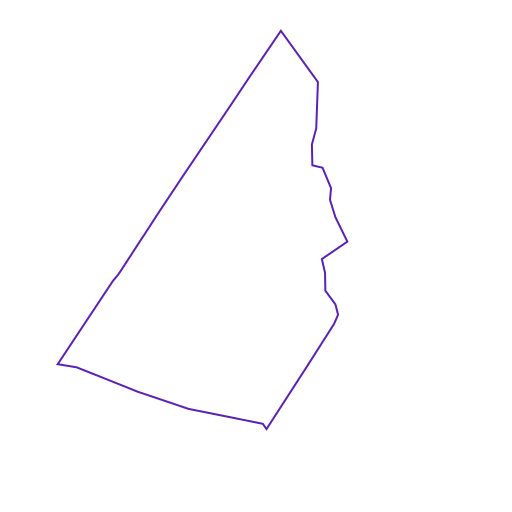 Scott, Virginia, United States of America, rotated 124°
{"feature_id": "52423323B99932966436825", "entity_name": "Scott", "entity_type": "district", "adm_level": 2, "iso_a3": "USA", "parent_name": "United States of America", "parent_adm1": "Virginia", "projection": "mercator", "projection_center": [-82.626, 36.739], "detail": "fine", "context": "isolated", "style": "outline", "palette": "violet", "viewbox_px": 512, "rotation_deg": 124, "n_neighbors": 0, "source": "geoboundaries", "source_scale": "gbopen_adm2", "svg_char_len": 596}
<svg xmlns="http://www.w3.org/2000/svg" viewBox="0 0 512 512"><g transform="rotate(124 256 256)"><path d="M391.3,156.5L393.6,150.5L318.1,152.0L268.7,153.3L258.8,155.1L251.7,163.1L246.0,179.1L231.4,189.3L221.7,199.7L193.0,188.3L179.4,211.9L168.0,226.1L157.8,231.7L145.6,250.2L149.3,260.0L132.3,272.0L116.6,277.4L77.2,301.9L55.4,361.3L111.8,361.5L145.2,361.3L223.4,361.3L232.6,361.3L273.7,361.0L301.6,360.5L302.4,360.5L305.5,360.5L344.5,359.8L349.5,359.9L356.5,360.7L454.9,359.9L456.6,359.9L448.6,342.5L434.6,277.9L420.5,226.5L391.3,156.5Z" fill="none" stroke="#5b21b6" stroke-width="2"/></g></svg>